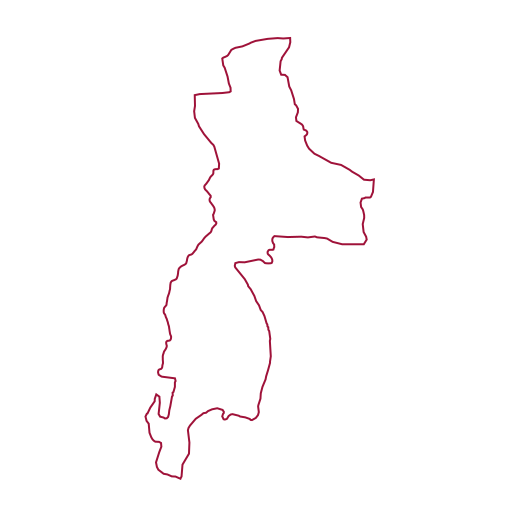 Guanagazapa, Escuintla, Guatemala, rotated 175°
{"feature_id": "79465075B46302810770825", "entity_name": "Guanagazapa", "entity_type": "district", "adm_level": 2, "iso_a3": "GTM", "parent_name": "Guatemala", "parent_adm1": "Escuintla", "projection": "robinson", "projection_center": [-90.646, 14.158], "detail": "fine", "context": "isolated", "style": "outline", "palette": "rose", "viewbox_px": 512, "rotation_deg": 175, "n_neighbors": 0, "source": "geoboundaries", "source_scale": "gbopen_adm2", "svg_char_len": 5930}
<svg xmlns="http://www.w3.org/2000/svg" viewBox="0 0 512 512"><g transform="rotate(175 256 256)"><path d="M147.6,258.3L144.3,262.7L144.6,265.6L146.7,270.5L146.9,278.5L144.9,284.5L144.7,287.4L145.1,290.5L145.4,292.4L145.8,293.5L147.0,295.6L147.2,300.1L145.5,303.9L144.5,304.0L143.8,304.1L142.8,304.2L141.9,304.7L137.4,304.3L136.3,305.0L133.9,309.6L131.9,322.0L135.6,321.5L141.8,322.6L146.6,327.2L152.9,331.6L155.2,333.7L163.3,339.3L173.0,342.3L183.3,349.3L184.1,349.9L188.9,352.8L193.8,358.3L195.4,361.5L197.0,366.8L197.2,370.9L196.1,371.6L195.1,372.3L194.5,373.0L194.1,374.3L194.2,375.3L195.1,376.6L196.2,377.2L197.4,377.8L197.6,378.9L197.7,380.7L197.9,381.5L198.3,382.2L198.7,382.9L199.4,383.5L204.0,387.0L204.1,390.7L201.8,395.4L201.3,398.9L202.9,402.6L204.1,403.8L204.5,409.1L206.5,418.0L208.1,421.9L209.0,431.4L211.4,433.9L215.1,434.4L216.3,438.7L214.5,447.9L213.2,449.9L212.9,451.2L204.9,461.0L203.2,466.0L203.0,470.2L209.9,470.3L215.4,471.2L225.5,471.3L237.7,470.3L242.4,469.0L244.2,468.2L251.3,466.0L258.3,465.2L260.3,464.5L262.6,463.5L266.2,458.7L267.2,457.9L269.2,457.1L270.9,456.6L271.6,456.3L272.4,455.7L272.0,448.7L270.8,446.3L268.7,437.2L268.0,430.2L266.7,425.8L266.9,422.2L268.3,421.5L275.3,421.3L297.9,422.2L303.0,421.6L303.7,410.8L305.0,405.6L304.8,398.9L302.0,392.6L301.5,390.2L297.2,382.0L290.7,372.5L288.8,370.4L288.0,368.5L284.7,351.2L285.4,346.4L286.7,345.9L287.7,346.0L289.3,346.0L290.5,345.6L291.0,344.7L291.1,343.7L291.3,342.1L291.6,341.4L292.4,340.5L293.0,340.0L294.0,339.2L294.7,338.4L295.3,337.5L295.7,336.8L296.1,336.1L296.5,335.5L297.4,334.5L298.4,333.3L299.3,332.3L301.0,330.7L301.5,329.6L301.4,328.1L300.9,326.8L300.2,325.9L299.3,324.9L298.2,323.3L297.8,322.7L297.4,322.0L297.0,321.5L296.3,320.5L295.9,319.9L296.0,318.5L296.5,318.0L297.1,317.1L297.4,316.0L297.3,314.7L296.8,313.6L296.2,312.8L295.4,311.4L294.5,310.0L293.9,308.8L293.5,308.1L293.2,306.8L293.1,305.6L293.2,304.8L293.8,303.4L294.2,302.4L294.6,301.6L295.2,300.7L295.1,299.2L295.0,297.5L294.9,296.0L294.3,294.5L293.7,294.0L292.7,293.2L292.7,291.9L293.5,290.7L294.5,290.0L295.2,289.4L295.8,288.8L296.4,288.2L297.0,287.7L297.6,286.7L298.0,285.6L298.3,284.8L299.0,283.7L299.6,283.2L300.4,282.7L301.9,281.6L303.0,280.8L304.4,279.8L305.5,278.8L306.3,278.0L307.1,277.0L308.3,275.6L309.0,274.9L310.2,274.0L311.4,273.1L312.4,272.3L313.1,271.3L313.9,270.0L314.3,269.2L315.0,267.9L316.0,266.9L316.8,266.2L317.3,265.6L318.0,264.9L318.5,264.4L319.2,263.7L320.1,263.2L320.9,263.0L322.0,262.8L322.7,262.6L323.5,261.8L324.2,260.7L324.5,260.0L324.9,258.8L325.1,257.9L325.3,257.2L325.6,256.4L326.1,255.0L326.8,254.2L327.9,253.6L328.6,253.3L329.5,253.0L330.5,252.6L331.4,252.2L332.3,251.6L333.0,251.0L333.6,250.5L334.2,249.6L334.6,248.3L334.9,247.3L335.1,245.9L335.5,244.2L335.8,243.1L336.2,242.2L337.0,240.4L337.9,239.7L338.8,239.4L339.6,239.1L340.5,238.9L342.0,238.4L342.6,237.9L343.4,236.7L343.6,235.8L343.9,234.7L344.1,233.3L344.3,232.2L344.4,231.2L344.6,230.2L345.1,228.9L345.7,226.9L346.2,225.7L346.9,224.3L347.4,223.1L347.8,222.2L348.0,221.2L348.2,220.4L348.5,219.1L348.7,218.3L349.0,217.4L349.2,216.4L349.5,215.0L350.1,214.3L351.2,213.3L352.1,212.2L352.5,210.9L352.7,209.9L352.8,208.7L352.8,207.8L352.5,206.7L352.0,206.1L351.6,205.3L351.4,204.4L351.1,202.9L350.7,201.9L350.4,201.1L350.2,200.0L349.9,198.7L349.6,197.6L349.5,196.6L349.3,195.3L349.0,194.2L348.8,192.9L348.8,191.9L348.7,190.6L348.6,188.7L348.5,187.4L348.4,186.1L348.2,185.1L347.8,184.0L347.6,183.3L347.7,182.1L348.0,180.9L348.5,180.0L349.2,179.4L350.2,179.2L351.7,179.2L352.7,178.5L353.1,177.3L353.0,175.9L352.7,174.4L352.9,173.3L353.6,171.9L354.3,170.8L354.9,170.1L355.8,169.0L356.3,168.0L356.6,167.0L357.0,166.3L357.3,165.5L357.6,164.4L357.7,163.5L357.8,161.9L357.9,160.9L357.9,160.2L357.9,158.9L358.0,157.4L358.2,156.7L358.5,156.1L358.9,154.7L359.0,153.9L359.3,153.0L359.9,152.2L360.4,151.8L361.4,151.6L362.2,151.4L362.9,151.0L363.4,150.1L363.6,149.3L363.7,148.4L363.5,147.2L363.3,146.2L361.0,144.4L360.3,144.0L347.4,141.2L347.0,138.5L347.8,137.2L348.2,132.7L350.1,127.7L351.0,127.1L351.1,124.2L351.9,123.4L354.5,113.7L355.8,109.9L356.6,106.0L357.6,103.3L359.1,102.1L360.9,102.1L362.1,103.1L365.5,104.3L366.8,107.1L364.6,118.1L364.5,124.3L367.4,126.8L369.3,122.5L369.6,120.1L374.5,114.2L377.8,108.6L378.5,108.4L380.1,105.7L379.4,101.3L377.5,98.3L377.5,89.2L376.1,84.5L375.1,82.4L373.9,80.9L372.5,79.8L368.8,79.3L366.9,78.0L366.9,74.3L369.4,69.2L372.1,62.7L373.6,59.1L373.1,54.5L371.9,51.6L367.0,47.1L363.3,46.1L359.1,43.8L355.4,43.3L352.9,41.9L350.7,40.7L350.3,41.5L349.4,42.8L347.4,54.6L340.0,64.9L338.6,75.9L339.0,88.4L338.2,90.6L336.5,92.9L330.2,99.1L324.2,102.5L322.1,104.0L319.4,104.2L317.3,105.7L313.1,107.1L307.9,107.7L302.7,105.6L301.6,103.5L301.9,102.2L302.6,101.6L303.6,99.2L302.5,96.2L301.3,95.8L299.8,96.1L299.1,96.4L297.2,99.0L295.0,100.3L293.2,100.5L287.1,98.4L285.9,97.5L280.8,96.2L276.4,94.2L275.7,93.2L274.3,92.9L273.4,93.3L270.3,94.7L267.9,97.3L266.8,100.2L267.0,105.9L266.7,107.1L264.0,113.5L263.2,118.8L261.0,125.0L257.2,132.3L256.4,135.2L254.0,141.1L251.3,148.4L251.3,149.3L250.0,154.8L249.6,170.2L249.0,172.2L249.4,180.1L250.1,181.5L250.0,184.0L250.7,184.8L250.7,186.9L251.3,187.9L252.8,195.4L254.3,199.6L256.0,201.8L257.3,206.6L259.8,211.1L261.1,216.3L264.2,223.4L266.4,226.6L266.6,228.2L269.2,233.9L277.7,246.5L278.0,248.0L277.2,250.7L273.5,251.4L267.9,250.7L254.2,252.3L252.0,252.0L249.4,250.2L249.0,249.6L248.4,249.0L247.7,248.2L246.6,247.9L244.6,247.6L243.2,247.5L241.8,247.5L240.9,247.8L240.2,249.2L240.1,250.6L240.5,252.2L241.2,253.6L242.5,255.3L243.5,256.3L244.0,257.0L244.2,258.1L244.0,259.3L242.9,260.7L241.9,261.0L238.9,260.7L238.1,260.9L237.8,261.8L237.0,263.4L237.0,264.7L236.9,265.8L237.9,267.4L238.4,269.3L238.4,270.4L238.2,271.6L237.7,272.6L236.7,273.6L235.9,274.2L222.6,272.1L209.3,271.3L202.7,270.0L195.6,270.3L193.6,269.3L186.1,267.9L183.7,267.2L178.4,263.4L169.2,260.2L147.6,258.3Z" fill="none" stroke="#9f1239" stroke-width="2"/></g></svg>